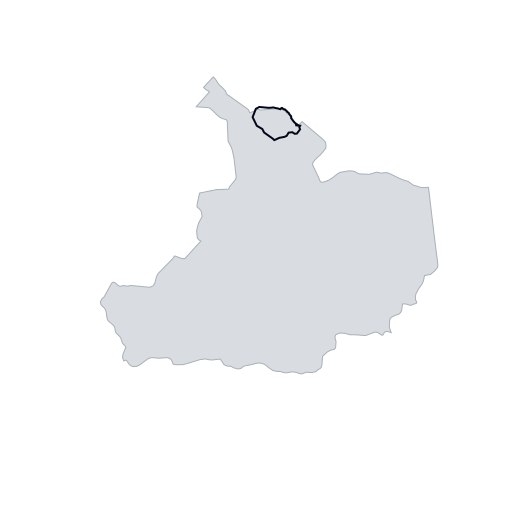 Maban, Upper Nile, South Sudan (highlighted), rotated 312°
{"feature_id": "79223893B87220542132951", "entity_name": "Maban", "entity_type": "district", "adm_level": 2, "iso_a3": "SSD", "parent_name": "South Sudan", "parent_adm1": "Upper Nile", "projection": "natural_earth1", "projection_center": [33.834, 10.017], "detail": "fine", "context": "in_parent", "style": "outline", "palette": "ink", "viewbox_px": 512, "rotation_deg": 312, "n_neighbors": 0, "source": "geoboundaries", "source_scale": "gbopen_adm2", "svg_char_len": 5233}
<svg xmlns="http://www.w3.org/2000/svg" viewBox="0 0 512 512"><g transform="rotate(312 256 256)"><path d="M383.7,382.5L371.5,396.7L370.6,397.5L369.1,398.6L364.1,398.7L359.0,398.0L354.3,394.3L349.5,397.1L346.5,398.0L344.7,398.4L340.4,398.8L334.5,400.3L331.8,402.2L330.3,403.7L329.1,406.5L328.5,406.8L327.4,406.5L325.8,405.4L322.6,403.8L321.0,400.2L319.6,398.1L318.3,397.0L313.3,400.5L310.8,401.3L308.8,401.2L305.1,399.2L301.0,397.6L299.0,397.6L295.8,399.7L292.3,402.8L290.4,406.0L289.5,407.8L288.3,405.0L287.1,403.2L285.4,402.5L282.0,403.2L281.2,402.2L281.0,399.7L280.5,397.5L279.6,395.8L277.0,394.2L270.2,390.7L265.0,383.9L262.4,380.8L260.5,378.8L257.8,373.4L254.7,369.7L251.0,368.0L248.5,368.9L245.9,372.8L241.1,376.5L238.9,376.6L236.1,374.6L232.6,373.2L226.2,372.6L223.6,374.3L220.1,377.2L217.2,378.9L215.4,379.0L213.7,378.4L211.8,378.0L210.2,378.0L206.8,375.4L205.0,373.5L203.8,371.6L201.9,370.4L199.7,369.4L198.1,367.7L197.3,365.7L196.0,363.1L194.4,360.7L189.2,356.5L187.6,354.0L186.6,351.6L184.4,348.9L182.2,345.3L181.5,340.1L181.4,335.8L180.9,333.9L179.9,331.9L178.8,330.2L177.0,328.4L172.8,325.7L168.4,322.5L166.3,320.7L162.4,320.0L160.0,318.2L158.0,314.3L157.2,311.1L155.2,308.6L154.4,306.8L153.9,304.8L155.5,298.5L153.2,296.3L149.8,293.4L147.3,290.3L145.8,287.4L141.4,283.6L131.8,277.9L126.2,274.3L123.2,271.0L120.5,267.8L120.3,266.5L122.0,263.3L122.3,260.7L120.9,257.8L115.1,252.3L110.6,246.3L107.1,244.4L98.7,242.8L96.3,242.1L93.8,241.0L91.3,238.3L90.5,235.1L91.7,229.9L91.0,228.4L89.6,228.0L90.0,226.9L91.6,224.4L94.2,222.8L101.1,220.3L101.5,219.3L101.7,216.1L102.2,214.5L104.7,210.1L105.0,208.3L105.1,204.6L105.5,202.8L106.2,201.5L108.1,199.3L108.8,198.0L109.1,195.1L108.9,189.4L109.9,187.1L114.3,181.9L115.5,179.6L115.9,177.5L115.9,175.4L116.1,173.3L117.5,171.3L118.6,170.7L121.8,170.1L124.0,170.5L139.3,166.9L141.1,167.4L141.9,169.5L141.8,172.9L142.1,174.5L142.9,175.6L145.3,177.2L147.0,179.9L147.9,180.9L150.3,182.7L161.7,198.0L164.9,199.5L168.0,199.0L174.2,195.8L177.3,195.0L199.0,195.9L201.4,195.4L201.6,195.5L204.8,203.1L206.4,204.9L230.2,205.0L229.8,202.8L230.1,200.4L234.3,195.7L234.9,195.1L238.6,192.9L242.1,191.3L249.1,189.6L251.6,186.8L253.0,184.3L253.0,179.3L254.0,178.5L255.6,177.3L263.6,172.8L265.0,171.9L279.0,182.3L286.9,190.5L287.4,190.9L287.8,191.0L288.2,190.8L288.6,190.4L289.5,190.0L292.9,189.9L299.3,189.5L301.4,188.5L314.3,173.8L317.6,169.2L318.4,168.2L320.3,164.9L322.3,159.1L322.6,158.5L336.7,144.7L337.2,143.6L337.4,142.8L335.3,138.2L334.8,135.8L334.7,132.2L335.1,126.6L335.0,123.0L334.8,122.0L334.7,121.8L326.9,111.7L346.7,111.6L346.7,110.3L346.7,109.9L346.3,108.7L346.1,107.1L346.1,106.2L346.2,105.4L346.2,104.9L346.2,104.5L346.2,104.3L346.3,104.2L360.5,104.4L360.3,107.2L358.6,114.0L358.6,118.0L358.2,122.6L357.7,124.0L357.0,125.1L356.7,125.7L356.7,126.2L359.7,152.0L359.4,153.0L358.7,154.6L358.4,155.2L358.4,155.6L358.7,155.9L365.3,158.7L365.6,158.8L365.9,159.1L368.2,162.4L381.2,174.6L381.6,175.2L383.0,179.1L383.1,179.7L383.2,180.6L383.1,181.3L382.8,183.6L382.9,184.6L383.1,185.3L383.3,186.1L383.3,186.3L383.2,186.9L381.3,191.4L380.6,194.5L380.4,197.2L380.6,198.7L380.8,199.7L381.0,200.1L386.7,200.3L386.7,201.7L387.4,225.0L387.4,227.6L387.2,230.9L386.6,232.1L385.0,234.0L383.0,235.7L378.0,236.1L373.8,236.1L370.8,235.7L366.7,235.5L362.9,235.9L361.5,237.3L356.4,249.7L354.8,252.8L354.4,254.6L354.9,255.7L356.9,257.2L361.2,259.4L366.2,260.7L369.9,261.3L372.5,261.9L374.4,262.5L381.5,268.1L383.7,270.8L385.0,273.1L385.3,275.5L386.3,278.0L392.8,285.8L398.9,289.4L401.3,293.5L403.6,295.5L405.7,297.7L406.9,300.9L409.5,310.2L411.3,315.1L413.2,319.1L413.9,325.5L415.4,328.4L416.9,332.0L419.3,335.2L422.0,337.6L422.4,338.3L395.8,368.6L383.7,382.5Z" fill="#d9dde1" stroke="#a8b0b8" stroke-width="1"/><path d="M381.4,199.0L381.4,198.8L381.3,198.4L381.0,197.3L381.0,197.1L381.1,196.4L381.0,196.1L381.0,195.6L381.0,195.4L381.1,195.0L381.0,194.6L381.2,194.2L381.2,193.9L381.3,193.4L381.3,193.0L381.4,192.7L381.6,192.0L381.6,191.8L381.7,191.6L381.7,191.3L381.8,191.0L381.9,190.6L381.9,190.4L381.9,190.2L382.0,189.8L382.1,189.7L382.3,189.6L382.6,189.5L382.7,189.4L382.9,189.1L383.0,189.0L383.0,188.9L383.1,188.7L383.4,188.3L383.5,188.0L383.4,187.7L383.4,187.4L383.5,187.2L383.5,186.8L383.6,186.6L383.7,186.3L383.7,186.1L383.7,185.9L383.7,185.7L383.8,185.6L383.9,185.4L384.1,185.1L384.2,184.6L384.2,184.3L384.2,184.0L384.1,183.9L384.1,183.6L384.1,183.3L384.1,183.1L384.0,182.9L384.1,182.6L384.1,182.3L384.2,181.9L384.3,181.7L384.4,181.3L384.2,180.8L384.2,180.5L384.2,180.1L384.2,179.9L384.3,179.6L384.3,179.4L384.1,179.0L383.9,178.8L383.7,178.6L383.5,178.3L383.5,178.1L383.5,177.7L383.4,177.4L383.4,177.1L383.5,176.9L383.5,176.6L383.5,176.4L383.4,176.2L383.2,176.0L382.9,175.9L382.7,175.9L382.4,175.9L382.1,175.9L381.8,175.9L381.6,175.9L381.4,175.9L381.3,175.6L381.2,175.5L380.9,175.0L380.4,173.8L380.2,173.4L378.5,170.5L378.2,169.7L377.5,169.0L376.3,168.0L374.6,166.3L370.5,160.8L368.9,158.7L368.0,158.4L365.3,157.4L356.9,160.6L353.3,169.5L354.6,175.7L353.2,179.4L354.4,189.5L354.4,192.1L359.5,194.3L363.5,197.4L365.8,198.4L369.5,197.7L372.3,200.2L372.7,203.0L374.4,204.5L379.6,204.0L380.7,202.0L382.3,201.6L380.0,198.5L380.2,198.2L381.4,199.0Z" fill="none" stroke="#020617" stroke-width="2"/></g></svg>